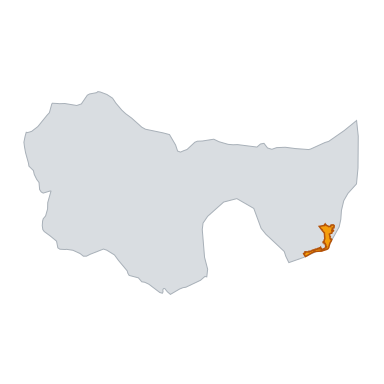 Tārgales pag., Ventspils, Latvia (highlighted), rotated 179°
{"feature_id": "27541924B44897070784756", "entity_name": "Tārgales pag.", "entity_type": "district", "adm_level": 2, "iso_a3": "LVA", "parent_name": "Latvia", "parent_adm1": "Ventspils", "projection": "mercator", "projection_center": [21.857, 57.473], "detail": "fine", "context": "in_parent", "style": "filled", "palette": "amber", "viewbox_px": 384, "rotation_deg": 179, "n_neighbors": 0, "source": "geoboundaries", "source_scale": "gbopen_adm2", "svg_char_len": 5423}
<svg xmlns="http://www.w3.org/2000/svg" viewBox="0 0 384 384"><g transform="rotate(179 192 192)"><path d="M284.4,294.0L282.0,293.6L275.4,291.0L269.8,287.2L266.5,282.1L260.7,275.0L256.9,271.4L251.0,266.9L241.1,257.7L237.5,255.6L219.8,251.6L213.5,249.8L207.6,239.3L205.7,233.2L202.8,232.1L199.7,233.4L196.2,234.6L188.3,241.7L185.7,242.7L180.8,242.8L169.3,244.4L164.1,241.8L155.0,239.0L150.0,238.5L145.7,238.6L126.3,235.8L122.7,238.8L119.2,239.4L115.7,234.7L111.4,233.3L106.6,234.9L97.9,235.1L87.7,233.6L74.6,232.4L72.6,232.9L58.1,239.2L54.5,240.2L38.7,250.8L26.2,260.6L24.8,244.9L25.6,213.1L27.4,197.2L36.1,187.9L40.4,180.7L42.9,171.0L43.7,162.0L45.5,154.5L58.0,133.0L67.9,130.7L81.4,124.7L96.4,119.7L99.3,126.0L100.8,130.9L118.9,148.5L123.5,154.4L130.5,174.5L147.3,184.6L160.5,181.4L166.2,176.5L176.8,167.4L181.5,160.7L182.4,154.3L180.6,126.5L177.7,114.5L178.7,106.9L180.6,107.3L185.0,103.6L199.8,96.9L202.7,96.5L206.1,95.2L215.4,90.0L218.4,92.7L220.9,95.9L222.2,95.9L222.9,94.7L222.7,92.7L223.4,91.3L226.0,92.1L236.8,100.6L240.9,102.6L243.8,103.1L247.1,107.1L256.3,109.7L257.5,111.8L258.2,114.3L266.8,125.0L270.6,130.4L278.2,135.3L281.5,136.5L294.9,131.5L298.6,129.7L301.7,129.7L304.8,132.3L312.0,135.8L318.5,136.9L319.7,136.7L325.1,137.1L327.1,138.5L328.3,145.2L334.6,150.6L340.4,155.0L341.8,157.0L342.3,160.9L341.9,165.5L341.2,167.9L338.8,170.6L336.7,177.5L336.4,184.0L333.0,195.3L333.8,195.5L340.8,193.5L342.8,194.7L344.3,197.1L344.8,204.2L347.1,207.4L349.4,212.3L350.2,216.2L354.6,220.7L355.0,223.7L357.7,234.1L358.7,240.1L359.2,244.7L357.9,250.6L356.7,254.6L355.3,254.3L351.3,255.4L345.0,260.1L335.6,271.3L333.2,273.8L330.7,282.3L330.1,283.2L324.6,282.8L323.1,282.6L317.7,282.7L305.7,280.5L301.1,282.0L295.0,290.6L292.7,291.8L285.6,293.0L284.4,294.0Z" fill="#d9dde1" stroke="#a8b0b8" stroke-width="1"/><path d="M61.0,156.1L65.4,155.4L63.4,152.6L63.2,152.3L62.9,152.2L63.0,152.1L62.3,151.1L60.5,148.9L60.4,148.9L60.4,148.6L60.3,148.1L60.2,145.9L60.1,145.3L60.2,145.2L60.2,144.8L60.0,143.8L60.1,142.5L60.6,141.9L60.6,141.7L60.6,141.2L60.7,140.7L60.8,140.5L60.8,140.4L61.2,140.4L61.5,140.1L61.7,139.9L61.7,139.7L61.6,139.3L61.5,139.2L61.8,139.3L61.8,139.1L60.7,139.0L60.6,138.4L60.6,138.1L59.7,138.2L59.5,136.8L59.2,136.8L59.3,135.3L58.5,135.2L58.4,134.9L59.1,134.5L59.1,133.9L59.8,133.8L59.9,133.7L60.2,133.5L60.3,133.3L60.4,133.2L60.5,133.2L60.8,133.1L61.0,133.0L61.2,132.9L61.3,132.9L61.5,132.8L61.9,132.7L62.0,132.6L62.3,132.5L62.5,132.4L62.8,132.3L62.9,132.2L63.0,132.2L63.5,131.9L63.8,131.8L63.7,132.6L63.7,132.8L63.7,132.7L63.7,133.4L64.2,133.3L64.8,133.1L64.7,134.2L64.8,134.1L65.2,133.9L65.4,133.9L65.6,133.9L65.6,133.7L65.8,133.5L65.9,133.4L66.0,133.4L66.1,133.2L66.3,133.3L66.2,133.4L66.2,133.5L66.3,133.5L66.4,133.4L66.5,133.2L66.8,133.0L67.0,133.1L67.0,132.9L66.9,132.9L67.0,132.8L67.1,132.7L67.2,132.8L67.2,133.0L67.3,133.1L67.5,133.1L67.5,132.9L67.7,132.7L67.8,132.5L67.8,132.8L67.8,133.0L68.0,133.0L68.1,132.9L68.0,132.7L68.3,132.6L68.5,132.6L68.9,132.5L69.2,132.7L69.5,132.6L69.6,132.4L69.6,132.2L69.8,132.1L70.0,131.9L70.1,132.0L70.2,132.3L70.3,132.2L70.2,131.8L70.3,131.7L70.5,131.7L70.6,131.8L70.8,131.9L71.1,132.0L71.2,131.7L71.3,131.6L71.4,131.9L71.5,131.9L71.7,131.7L71.9,131.5L72.1,131.5L72.3,131.7L72.6,131.6L72.8,131.7L73.0,131.5L73.1,131.4L73.2,131.2L73.4,131.1L73.9,130.9L74.2,130.9L74.3,130.8L74.3,130.6L76.0,130.7L76.0,130.0L79.3,130.2L79.7,130.2L79.4,129.8L81.5,128.5L81.3,128.1L80.7,128.7L80.7,128.8L80.4,129.2L80.3,128.9L80.5,128.8L80.5,128.7L80.4,128.6L80.5,128.5L80.6,128.4L80.5,128.1L80.4,128.2L81.1,127.7L80.5,126.7L80.3,126.5L80.3,126.4L80.2,126.3L80.2,126.2L79.9,125.8L79.8,125.7L79.7,125.5L78.2,126.2L78.0,126.3L77.8,126.4L77.6,126.5L77.4,126.7L76.8,127.0L75.8,127.6L74.7,128.2L73.8,128.7L72.1,129.5L70.8,130.0L70.0,130.3L68.8,130.4L67.8,130.5L67.4,130.5L66.1,130.6L65.8,130.6L65.4,130.6L65.0,130.6L64.9,130.6L64.2,130.6L63.4,130.6L63.1,130.7L62.5,130.9L62.3,131.0L62.2,131.0L61.6,131.3L61.2,131.4L60.7,131.5L60.3,131.6L59.7,131.8L58.9,132.1L58.7,132.1L57.9,132.4L57.2,132.8L56.9,133.1L56.4,133.8L56.1,134.4L56.0,134.8L55.9,135.5L55.8,135.8L55.6,136.3L55.6,136.6L55.4,137.2L55.1,137.7L55.1,137.9L55.0,138.3L54.9,138.6L54.7,139.0L54.4,139.3L54.3,139.5L54.1,139.9L53.7,140.5L53.4,141.2L53.2,141.8L53.6,141.7L53.7,142.5L54.2,142.4L54.2,142.6L54.4,142.5L54.5,142.6L54.7,143.0L54.8,143.6L54.8,144.3L54.6,144.7L54.5,144.9L54.6,145.0L54.9,145.0L55.0,145.2L55.1,146.2L55.4,147.5L54.0,148.2L53.6,148.3L53.1,148.3L53.0,148.5L52.9,148.5L52.7,148.9L52.7,149.0L52.7,149.3L52.7,150.1L52.7,150.4L52.8,150.8L53.0,151.1L53.0,151.3L52.9,151.5L52.6,151.7L52.4,151.4L52.3,151.2L52.1,151.1L51.9,151.1L51.8,150.8L51.7,150.8L51.8,150.6L51.9,150.3L51.7,150.4L51.4,150.5L51.2,150.8L51.2,151.1L51.3,151.3L51.8,151.6L52.0,151.8L52.2,152.0L52.3,152.2L52.4,152.8L52.4,153.1L52.4,153.3L52.1,153.5L51.9,153.6L51.4,153.5L51.1,153.5L50.9,153.6L50.7,153.7L50.7,153.8L50.6,154.0L50.8,154.5L50.8,154.8L50.5,155.2L50.4,155.3L50.4,155.6L50.4,155.8L50.5,156.0L50.9,156.2L51.0,156.3L51.1,156.6L51.9,156.6L52.5,156.7L52.7,156.4L52.9,156.5L53.3,156.4L53.5,156.5L53.9,155.8L54.0,155.7L54.0,155.4L54.0,155.0L54.5,155.1L54.9,155.2L55.2,155.1L55.7,155.1L55.9,155.0L56.2,155.3L57.1,155.8L57.5,155.9L57.9,156.1L58.2,156.3L58.5,156.7L58.6,156.8L58.8,157.1L59.2,157.3L59.3,157.5L59.4,157.3L59.5,157.1L59.8,157.0L60.0,157.1L60.1,156.8L60.0,156.2L60.8,156.1L61.0,156.1Z" fill="#f59e0b" stroke="#b45309" stroke-width="1.5"/></g></svg>